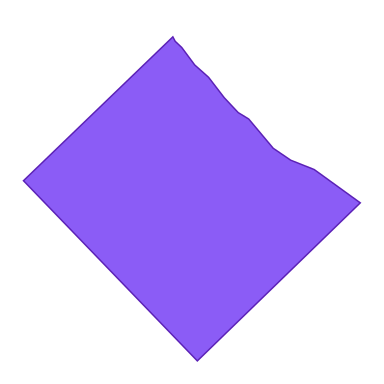 Kearney, Nebraska, United States of America, rotated 46°
{"feature_id": "52423323B30771847835417", "entity_name": "Kearney", "entity_type": "district", "adm_level": 2, "iso_a3": "USA", "parent_name": "United States of America", "parent_adm1": "Nebraska", "projection": "robinson", "projection_center": [-98.962, 40.52], "detail": "fine", "context": "isolated", "style": "filled", "palette": "violet", "viewbox_px": 384, "rotation_deg": 46, "n_neighbors": 0, "source": "geoboundaries", "source_scale": "gbopen_adm2", "svg_char_len": 352}
<svg xmlns="http://www.w3.org/2000/svg" viewBox="0 0 384 384"><g transform="rotate(46 192 192)"><path d="M317.2,305.5L316.7,78.5L260.7,88.5L237.7,98.9L217.0,103.2L178.9,100.5L167.0,103.6L146.5,103.3L121.0,100.4L102.5,101.8L81.0,99.0L71.9,99.4L67.1,98.0L66.8,305.4L315.6,305.5L317.2,305.5Z" fill="#8b5cf6" stroke="#5b21b6" stroke-width="1.5"/></g></svg>